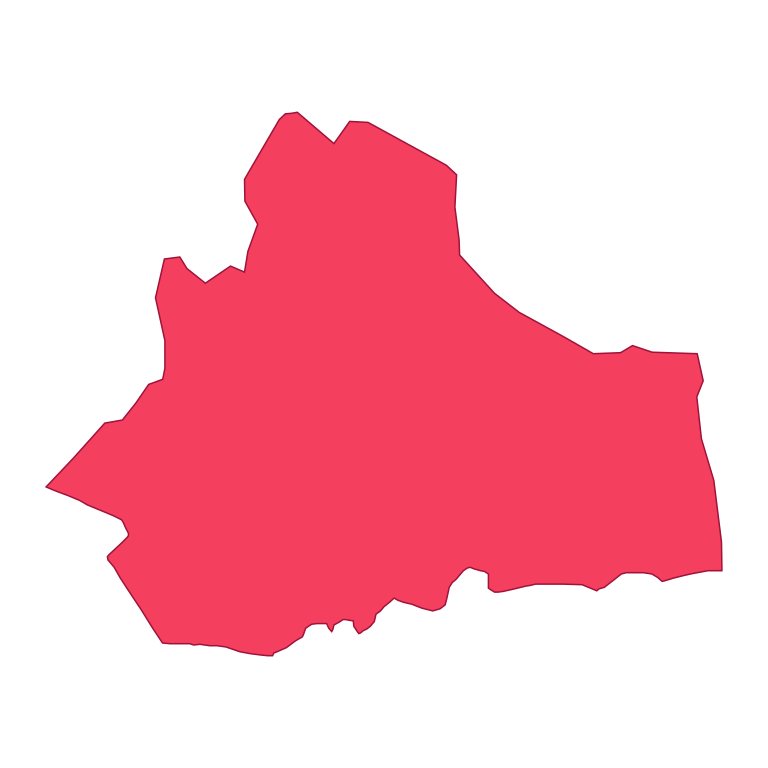 Al-Hai, Wasit, Iraq
{"feature_id": "34846034B47380320671203", "entity_name": "Al-Hai", "entity_type": "district", "adm_level": 2, "iso_a3": "IRQ", "parent_name": "Iraq", "parent_adm1": "Wasit", "projection": "mercator", "projection_center": [45.957, 32.179], "detail": "fine", "context": "isolated", "style": "filled", "palette": "rose", "viewbox_px": 768, "rotation_deg": 0, "n_neighbors": 0, "source": "geoboundaries", "source_scale": "gbopen_adm2", "svg_char_len": 2260}
<svg xmlns="http://www.w3.org/2000/svg" viewBox="0 0 768 768"><path d="M162.5,643.0L169.9,643.7L173.3,643.7L179.5,643.7L183.5,643.7L189.7,643.7L193.7,645.0L200.0,644.3L209.6,645.7L217.0,645.7L226.1,647.0L239.7,651.7L250.5,653.7L260.7,655.0L267.5,655.7L272.6,655.7L273.8,653.0L277.2,651.7L281.7,649.7L286.3,647.7L295.3,641.0L297.4,639.7L302.2,637.0L303.3,635.0L305.6,628.3L309.5,625.6L311.8,624.2L316.9,623.6L322.0,623.6L326.6,623.6L328.8,628.3L331.7,631.6L332.8,629.6L334.0,624.9L339.1,622.2L343.0,619.6L345.9,619.6L348.7,620.2L353.3,620.9L353.8,626.3L357.8,632.3L358.9,633.6L360.6,632.9L362.9,630.9L366.9,628.9L370.3,626.3L374.3,621.6L376.0,614.2L380.5,610.9L383.9,606.8L389.6,602.2L394.1,598.1L397.6,600.1L403.2,602.2L411.7,604.2L422.0,608.2L432.8,610.9L440.1,608.8L445.2,604.8L446.9,598.1L449.2,587.4L452.1,582.7L456.0,579.4L463.4,570.7L467.4,568.0L470.2,567.3L473.6,568.7L480.4,570.7L484.4,571.4L488.4,574.0L488.4,580.1L488.4,588.1L491.2,590.1L494.6,592.1L498.1,592.1L503.2,591.4L512.2,589.4L525.9,586.1L530.4,585.4L535.5,584.1L538.4,584.1L544.6,584.1L550.9,584.1L562.2,584.1L582.1,584.7L587.2,586.8L594.4,589.8L596.8,590.8L599.1,588.8L604.2,587.4L614.5,579.4L621.3,574.0L626.4,572.7L633.8,572.7L643.4,572.7L651.9,574.0L657.6,577.4L662.1,581.4L665.0,580.7L673.5,578.1L684.3,575.4L693.4,573.4L708.1,570.7L717.8,570.7L721.9,570.7L721.9,568.8L721.5,542.2L713.8,480.4L701.4,438.7L696.8,396.9L703.2,380.8L697.2,353.7L652.1,352.2L632.5,345.6L620.5,352.7L593.3,353.7L564.3,337.1L519.2,312.4L494.5,293.3L459.6,255.0L459.1,239.9L454.9,207.1L456.6,174.8L446.4,165.3L368.0,122.4L349.7,121.4L336.3,140.3L333.9,143.6L297.3,112.3L291.4,113.3L285.4,113.8L279.4,119.4L252.0,166.4L244.5,179.4L244.9,201.1L257.7,224.2L247.9,251.4L244.5,272.1L230.5,266.1L205.3,283.2L187.0,268.6L179.8,257.0L164.4,259.0L155.5,297.8L164.9,340.6L164.9,368.3L162.7,379.3L148.7,384.4L135.9,403.0L122.3,420.1L120.2,420.4L104.8,423.1L73.7,457.8L74.2,457.3L46.1,486.9L52.3,489.6L59.1,492.3L66.5,495.0L79.6,500.4L87.5,505.0L113.6,515.8L121.6,519.8L123.3,522.5L125.6,527.8L128.4,533.2L128.4,535.9L127.3,537.2L122.7,541.9L114.8,549.3L109.1,554.6L107.4,556.6L108.0,560.0L114.2,567.3L119.9,577.4L127.3,588.8L141.5,610.2L152.3,627.6L162.5,643.0Z" fill="#f43f5e" stroke="#9f1239" stroke-width="1.5"/></svg>